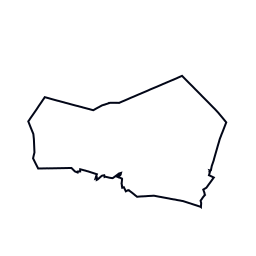 Reusel-De Mierden, Noord-Brabant, Netherlands (Mercator projection), rotated 108°
{"feature_id": "6326949B37702767177993", "entity_name": "Reusel-De Mierden", "entity_type": "district", "adm_level": 2, "iso_a3": "NLD", "parent_name": "Netherlands", "parent_adm1": "Noord-Brabant", "projection": "mercator", "projection_center": [5.161, 51.371], "detail": "fine", "context": "isolated", "style": "outline", "palette": "ink", "viewbox_px": 256, "rotation_deg": 108, "n_neighbors": 0, "source": "geoboundaries", "source_scale": "gbopen_adm2", "svg_char_len": 4659}
<svg xmlns="http://www.w3.org/2000/svg" viewBox="0 0 256 256"><g transform="rotate(108 128 128)"><path d="M92.3,36.3L89.2,41.1L87.2,44.3L86.2,45.9L85.6,46.8L85.5,47.0L83.1,51.3L82.0,53.5L78.7,59.8L74.4,68.2L74.3,68.3L74.2,68.5L70.7,75.3L70.6,75.6L70.3,76.1L70.2,76.3L68.5,79.5L66.9,82.7L66.5,83.5L63.5,89.3L61.7,92.7L63.2,94.4L65.0,96.4L65.6,97.0L71.8,104.2L72.2,104.6L73.1,105.7L73.4,106.0L74.3,107.0L74.6,107.4L74.8,107.6L75.7,108.7L76.4,109.4L77.7,110.9L79.9,113.4L81.0,114.7L84.5,118.8L86.2,120.6L90.1,125.1L90.6,125.7L90.7,125.8L91.7,126.9L92.6,128.0L96.4,132.3L98.0,134.2L99.6,136.0L100.7,137.2L102.1,138.8L103.0,139.8L103.5,140.4L104.6,141.7L105.5,142.7L106.1,143.4L106.4,143.7L106.6,143.9L106.8,144.1L106.8,144.3L106.9,144.5L107.0,144.7L107.0,144.8L107.1,145.0L107.3,145.8L107.5,146.3L107.5,146.5L107.6,146.8L107.8,147.2L107.8,147.4L108.3,148.9L108.5,149.5L108.9,150.7L108.9,150.8L109.3,152.0L109.6,152.9L110.2,153.7L110.2,153.8L110.3,153.8L111.2,155.1L111.3,155.2L111.4,155.3L112.3,156.6L112.6,156.9L112.6,157.0L113.0,157.5L113.2,157.8L113.3,157.9L113.3,158.0L114.1,159.1L114.7,159.9L115.3,160.4L116.1,161.2L116.8,161.8L117.4,162.4L117.5,162.5L118.1,163.1L119.7,164.6L120.1,165.0L120.3,165.1L121.8,166.5L121.9,167.9L121.9,168.0L122.0,170.2L122.0,171.1L122.1,171.8L122.1,172.0L122.3,175.8L122.4,177.1L122.4,178.1L122.5,179.9L122.6,181.0L122.6,182.0L122.8,184.2L123.1,190.0L123.2,192.6L123.4,195.7L123.4,196.6L123.6,200.0L123.7,202.5L123.8,203.3L124.1,209.7L124.1,209.8L124.1,210.0L124.2,213.0L124.4,216.7L125.5,217.0L126.4,217.2L127.2,217.5L130.1,218.3L134.4,219.6L138.5,220.7L145.5,222.8L147.1,223.3L149.8,224.1L150.7,224.3L152.5,224.9L157.7,220.6L160.9,217.9L162.9,216.2L165.1,215.2L165.4,215.1L166.9,214.4L167.2,214.3L167.6,214.1L170.8,212.9L180.2,209.4L183.2,209.2L186.2,208.9L189.9,205.3L190.6,204.6L194.3,200.9L194.1,200.4L192.9,196.8L192.8,196.6L191.8,193.7L191.3,192.3L190.9,190.9L190.4,189.6L190.0,188.3L184.9,173.5L184.1,171.3L184.1,171.2L183.5,169.5L183.5,169.4L185.7,165.1L185.9,162.1L185.7,162.1L184.9,162.3L184.1,160.1L183.6,160.3L182.0,160.7L181.8,156.5L181.7,155.6L181.7,153.8L181.6,152.7L181.6,152.0L181.6,151.3L181.6,149.2L181.6,148.7L181.6,148.3L181.6,145.9L181.6,143.8L181.6,143.3L184.0,143.4L185.9,143.3L186.0,143.3L185.4,142.7L185.0,142.3L186.0,142.0L187.0,141.7L186.2,140.9L185.8,140.7L185.5,140.5L184.8,140.1L182.6,138.8L181.8,138.3L181.5,138.1L181.4,137.9L181.1,137.5L180.3,136.0L181.8,135.2L181.7,135.1L181.5,134.9L181.4,134.8L181.3,134.7L181.3,133.8L181.2,133.1L181.1,131.8L181.1,131.7L181.0,130.2L180.9,129.8L180.9,129.5L180.8,128.9L180.5,127.3L180.4,127.2L180.2,126.9L178.2,125.4L177.3,124.8L176.8,124.4L175.1,123.2L174.9,123.1L174.2,122.6L174.0,122.3L173.9,122.3L173.4,121.5L172.9,120.8L173.0,120.8L174.3,120.6L174.7,120.7L174.9,120.7L175.1,120.8L175.3,120.8L175.6,121.0L175.8,121.4L176.1,121.6L177.2,122.5L177.7,122.9L177.8,121.5L177.9,121.3L177.8,120.7L177.8,120.2L177.8,119.9L177.8,119.7L177.8,119.4L177.9,119.2L178.1,118.7L178.0,118.1L178.2,117.9L179.9,117.5L180.5,117.4L182.2,117.0L182.6,116.9L182.7,117.0L183.3,116.7L183.6,116.5L184.5,115.9L184.9,116.0L186.6,115.0L185.6,113.7L186.5,112.8L187.1,112.2L188.9,110.5L187.6,109.2L187.2,108.8L187.3,108.7L187.3,108.3L187.3,108.1L187.1,107.8L187.0,107.7L187.3,107.0L187.4,106.8L187.5,106.6L187.6,106.3L188.1,104.7L189.5,101.0L189.6,100.9L190.5,98.3L190.6,98.1L189.8,96.3L188.6,93.3L188.6,93.2L188.1,91.9L187.8,91.1L187.7,90.8L186.4,87.7L186.3,87.4L185.0,84.0L184.7,83.3L184.4,82.5L184.4,82.4L184.3,81.9L184.2,81.0L184.0,79.4L183.8,77.8L183.7,77.0L183.6,76.3L183.4,75.2L183.4,74.9L182.8,70.4L182.3,66.7L182.3,66.3L181.8,62.6L181.7,62.3L181.4,60.2L181.4,59.6L181.2,58.1L180.8,55.6L180.8,55.3L180.8,55.1L180.6,53.7L180.5,53.3L180.5,52.6L180.5,52.4L180.5,51.1L180.5,50.8L180.5,48.3L180.5,47.6L180.5,36.4L180.5,35.0L180.5,34.8L180.7,34.2L180.4,34.3L179.9,34.4L179.2,34.6L177.5,35.0L177.2,35.1L176.9,35.2L176.4,35.4L175.7,35.9L174.9,36.4L174.7,36.5L173.8,36.2L172.9,35.9L171.4,35.5L171.1,35.4L170.7,35.3L169.2,34.7L167.9,34.1L167.7,34.4L167.5,34.6L166.9,34.9L166.4,35.0L165.5,35.7L163.3,37.4L161.5,35.8L160.6,35.0L159.1,34.5L156.8,33.8L155.1,33.2L149.8,31.5L148.6,31.1L147.9,36.0L147.9,36.4L147.7,36.4L144.8,36.5L144.8,36.3L144.8,36.2L144.8,36.3L144.7,36.4L144.4,36.4L144.3,36.5L144.2,36.6L144.2,36.8L144.0,36.7L143.7,36.5L143.4,36.5L143.5,36.8L143.5,37.0L143.4,37.1L143.2,37.2L143.1,37.3L143.1,37.2L142.5,36.2L142.4,36.1L140.9,36.3L139.0,36.5L138.4,36.6L133.1,36.5L131.9,36.5L131.7,36.5L131.3,36.6L122.9,36.9L119.8,37.0L117.3,37.1L112.9,37.2L111.0,37.3L109.7,37.3L106.5,37.1L106.4,37.1L105.5,37.1L103.1,36.9L92.3,36.3Z" fill="none" stroke="#020617" stroke-width="2"/></g></svg>